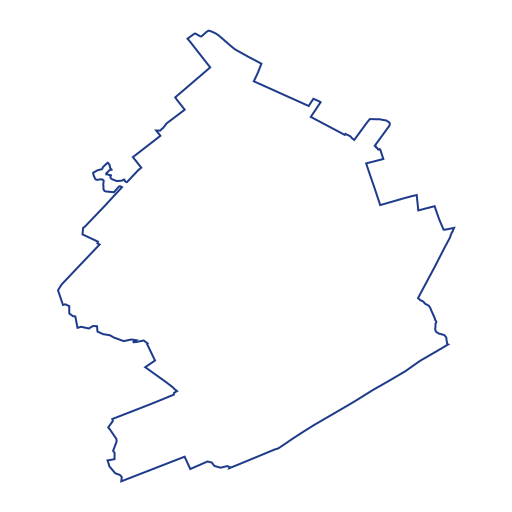 Recea, Arges, Romania (Robinson projection)
{"feature_id": "2599482B23278439531937", "entity_name": "Recea", "entity_type": "district", "adm_level": 2, "iso_a3": "ROU", "parent_name": "Romania", "parent_adm1": "Arges", "projection": "robinson", "projection_center": [25.033, 44.555], "detail": "fine", "context": "isolated", "style": "outline", "palette": "blue", "viewbox_px": 512, "rotation_deg": 0, "n_neighbors": 0, "source": "geoboundaries", "source_scale": "gbopen_adm2", "svg_char_len": 4337}
<svg xmlns="http://www.w3.org/2000/svg" viewBox="0 0 512 512"><path d="M446.8,341.4L446.6,340.6L446.6,340.4L446.3,337.7L445.3,336.2L444.4,335.2L443.6,334.9L440.3,333.9L439.1,333.7L438.6,333.4L438.1,333.1L436.2,331.9L435.9,331.3L435.6,330.8L435.2,329.5L435.2,328.7L435.5,326.4L435.5,325.3L435.5,323.8L436.3,322.3L436.3,321.6L436.2,321.4L435.1,319.8L435.1,319.7L435.0,318.7L434.8,318.3L434.7,318.2L434.5,317.7L434.2,317.2L434.1,316.7L433.9,316.1L433.4,315.4L433.1,314.4L432.7,313.5L432.2,312.5L431.9,311.9L431.6,311.2L430.5,308.5L429.8,307.2L429.0,305.9L427.3,304.9L425.4,303.9L424.6,303.3L424.0,302.3L422.8,301.3L420.2,300.1L418.0,298.1L433.0,270.1L434.5,267.3L444.4,248.0L448.1,241.0L450.1,237.3L450.6,235.4L452.0,232.2L452.4,231.9L453.8,228.3L454.0,227.9L445.5,229.6L443.6,229.7L439.2,219.4L434.6,206.2L418.3,210.4L416.7,195.0L411.7,196.2L404.5,198.1L380.2,205.1L375.5,190.9L367.7,168.1L366.2,163.4L383.3,159.0L383.1,158.4L383.3,158.9L380.2,149.4L379.3,149.1L378.8,149.3L378.6,149.6L378.0,149.5L377.3,148.2L375.7,147.0L375.6,146.8L375.8,146.7L375.9,146.4L375.8,146.2L374.8,145.7L389.2,126.0L389.8,124.6L389.6,122.8L388.9,122.2L387.6,121.4L386.3,120.5L384.5,120.2L382.7,119.9L381.3,119.6L379.9,119.3L374.2,119.2L372.0,119.1L369.8,119.1L368.4,120.8L367.0,122.5L354.3,139.9L352.3,138.5L351.5,137.6L350.7,136.7L350.0,136.1L345.4,133.9L344.8,134.9L327.8,125.9L310.8,116.9L320.6,102.2L319.1,101.3L318.2,100.9L317.3,100.5L313.4,98.8L311.0,102.4L308.7,106.0L293.2,99.0L281.3,93.7L277.6,92.0L266.5,87.0L253.8,81.3L257.1,74.4L258.2,71.9L259.2,69.3L261.4,63.7L252.0,58.7L248.5,56.9L245.7,55.3L242.4,53.5L241.6,53.0L240.8,52.6L236.0,49.9L234.3,48.8L233.1,47.8L231.8,46.8L229.5,44.8L227.4,43.0L227.2,42.8L225.2,41.1L222.5,38.7L220.7,37.2L219.0,35.7L217.6,34.7L216.3,33.8L214.2,32.7L213.3,32.3L210.9,31.3L209.6,30.8L209.1,30.8L208.5,30.7L206.5,31.9L201.6,36.3L200.3,36.3L198.6,35.4L195.9,33.8L195.0,33.5L194.4,33.7L187.5,38.7L190.1,41.7L197.5,51.2L210.2,67.4L175.3,97.3L175.2,97.4L176.7,99.5L184.7,109.7L166.6,123.4L163.2,127.9L162.4,128.4L160.2,130.6L156.2,130.5L160.4,135.8L154.5,140.4L132.9,157.1L141.3,167.7L141.2,167.8L139.6,169.0L137.7,170.7L135.4,173.2L130.1,178.8L126.9,182.2L126.7,182.2L125.1,181.4L124.8,180.9L124.7,180.3L124.4,179.6L124.0,179.5L123.7,179.6L123.2,179.9L123.0,180.1L122.0,180.6L121.1,180.7L117.9,181.0L116.4,180.9L112.4,179.4L111.1,178.5L110.5,177.8L110.4,177.1L110.5,176.6L110.6,176.2L111.0,175.4L110.9,175.2L109.7,175.0L109.3,175.1L107.9,174.5L107.4,174.4L106.9,174.3L106.3,174.3L106.2,173.5L109.4,170.3L110.1,169.9L111.2,169.8L111.6,169.7L111.5,169.4L110.6,168.8L110.3,168.2L109.7,165.6L109.3,164.5L108.0,162.8L107.7,162.7L106.6,163.6L105.7,164.5L104.8,165.3L102.9,167.2L102.4,168.6L101.9,169.2L99.7,169.7L97.3,170.4L93.1,172.8L93.5,174.9L93.7,175.6L93.7,175.8L93.9,176.0L94.2,176.4L94.3,176.7L94.6,177.6L94.9,178.5L95.9,179.5L97.0,179.8L97.5,179.8L98.0,179.7L100.4,179.3L101.8,179.4L102.3,179.5L103.2,180.0L103.7,180.8L103.6,181.8L103.2,184.6L103.5,186.1L103.5,186.3L103.4,188.9L103.6,189.3L104.0,190.2L104.6,191.1L106.1,191.5L107.8,191.6L108.4,191.7L109.0,191.8L110.0,191.9L110.4,191.9L113.0,192.1L113.9,192.3L118.9,186.6L119.2,186.4L119.5,186.3L120.7,186.4L122.0,187.2L103.7,207.0L84.9,226.6L83.1,227.9L82.5,234.4L98.0,241.7L97.4,243.4L99.6,244.5L62.8,283.2L61.2,285.1L58.0,290.3L63.0,305.0L65.2,304.3L69.2,306.1L69.3,313.5L73.0,316.2L75.3,316.4L76.5,322.6L77.5,327.8L81.3,326.8L88.8,328.5L93.0,326.0L97.0,326.2L97.5,331.6L103.3,334.2L109.8,335.2L114.0,337.6L123.7,341.1L131.4,339.5L136.1,340.2L132.8,342.3L136.3,342.0L143.7,340.5L147.7,343.5L147.2,344.3L155.0,360.5L149.2,364.5L145.2,367.2L166.3,382.3L172.9,387.4L174.5,389.1L177.0,391.1L174.1,392.8L173.9,394.6L151.9,403.6L112.3,419.0L112.9,420.9L108.2,427.5L110.1,429.7L116.4,439.0L116.6,441.5L113.1,450.8L114.6,452.9L114.5,459.2L107.5,460.4L108.0,461.6L109.4,466.4L115.3,473.3L119.8,474.9L121.8,477.0L121.3,481.3L177.4,459.5L184.6,456.7L190.3,469.0L207.5,461.5L211.7,462.5L214.5,466.0L220.6,467.7L227.2,466.1L230.0,467.2L229.5,468.1L240.4,463.7L242.3,462.9L254.9,457.7L266.2,453.0L275.2,449.3L277.5,448.7L279.4,447.7L282.6,445.5L283.1,445.2L292.3,438.9L302.6,432.2L314.1,425.0L353.1,402.3L372.9,390.0L388.0,381.4L405.2,371.3L420.1,360.8L439.6,349.5L448.1,344.4L447.2,344.0L447.1,343.3L446.9,342.3L446.8,341.4Z" fill="none" stroke="#1e3a8a" stroke-width="2"/></svg>